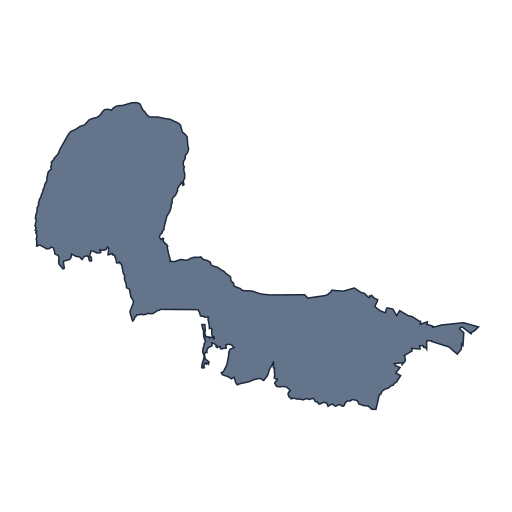 the district of Estelnic, Harghita, Romania, rotated 268°
{"feature_id": "2599482B48402840348711", "entity_name": "Estelnic", "entity_type": "district", "adm_level": 2, "iso_a3": "ROU", "parent_name": "Romania", "parent_adm1": "Harghita", "projection": "equal_earth", "projection_center": [26.246, 46.152], "detail": "fine", "context": "isolated", "style": "filled", "palette": "slate", "viewbox_px": 512, "rotation_deg": 268, "n_neighbors": 0, "source": "geoboundaries", "source_scale": "gbopen_adm2", "svg_char_len": 6082}
<svg xmlns="http://www.w3.org/2000/svg" viewBox="0 0 512 512"><g transform="rotate(268 256 256)"><path d="M391.5,183.0L396.0,174.2L395.9,172.7L398.3,162.8L398.7,154.4L400.7,152.0L403.9,150.0L406.1,147.9L412.0,145.4L413.4,142.5L413.5,137.4L411.1,127.8L411.0,123.6L410.4,121.2L408.7,118.3L406.6,116.4L407.4,114.9L407.9,112.7L407.4,109.6L406.2,108.1L402.5,105.4L400.2,102.3L399.2,97.6L397.9,94.0L392.9,89.1L391.8,84.9L388.6,79.7L387.2,75.9L386.3,74.6L383.7,72.5L370.2,64.2L364.7,61.6L360.5,57.5L358.9,56.9L357.1,54.7L354.6,54.9L352.3,54.0L349.6,54.4L349.1,53.2L347.3,51.3L341.5,49.7L339.2,49.9L334.8,47.3L332.2,46.9L329.6,45.4L328.6,45.5L324.0,43.4L322.8,43.3L320.0,41.4L318.7,41.4L316.6,40.3L315.0,40.7L311.8,38.9L307.6,38.6L305.1,37.5L301.0,36.8L300.3,37.6L298.7,37.6L296.5,36.7L295.2,36.8L294.3,36.1L291.6,37.2L289.2,36.2L288.4,37.7L287.7,37.6L286.9,36.7L284.8,37.8L282.2,37.6L280.8,36.9L277.9,37.5L273.6,37.1L273.4,37.4L274.4,39.6L274.4,40.7L270.4,47.2L270.7,50.0L272.1,51.5L271.2,53.7L268.2,54.7L265.5,55.0L264.7,55.5L263.6,58.1L261.8,59.1L256.4,58.5L254.9,58.8L249.8,62.6L250.1,63.7L250.6,64.0L256.7,63.3L257.6,63.6L258.8,68.8L259.6,70.2L261.2,71.2L264.4,71.6L261.8,76.4L261.3,79.6L258.5,82.0L261.6,84.5L262.0,87.4L261.0,88.4L257.0,89.4L256.7,91.1L257.7,91.6L260.7,91.2L261.7,89.6L266.7,91.4L266.6,93.4L264.7,96.9L264.5,99.8L265.2,101.1L267.0,100.1L267.9,100.3L267.2,101.9L267.2,105.5L267.8,106.4L269.9,107.7L269.9,108.6L267.9,109.0L262.4,108.1L262.8,110.6L263.8,112.0L263.0,112.9L262.2,112.7L262.0,113.9L260.9,115.2L260.1,114.9L257.9,115.9L254.0,116.4L253.9,118.2L254.7,119.3L254.0,120.0L253.1,119.9L252.5,121.3L243.2,122.8L241.5,123.9L236.9,123.8L233.1,125.2L228.8,125.5L227.5,128.0L226.9,128.4L219.2,129.6L215.3,132.0L212.3,131.3L204.8,128.0L200.6,128.8L199.4,129.5L197.8,129.5L195.3,130.5L196.9,132.0L199.2,132.8L199.6,133.7L201.2,134.7L201.7,140.5L201.2,141.0L201.6,144.2L202.6,146.1L202.0,147.8L202.0,150.9L205.0,155.9L205.1,157.4L206.2,159.2L205.9,160.4L204.4,196.1L201.4,197.6L198.0,198.4L197.4,201.6L196.7,202.3L196.6,206.4L194.2,205.8L189.3,206.8L185.1,206.9L185.4,208.6L184.7,209.3L179.2,209.1L177.3,209.9L176.7,211.1L175.1,211.5L174.8,210.8L176.0,210.8L175.6,210.2L176.5,209.3L176.3,208.3L175.8,208.4L176.3,208.1L175.9,207.3L176.3,206.9L175.5,206.7L176.7,206.0L177.1,202.9L179.0,202.8L179.6,201.9L183.2,202.7L189.3,202.5L189.4,199.5L184.6,200.3L183.1,201.2L180.6,200.8L176.3,201.1L175.9,201.9L174.6,201.6L172.6,202.7L169.7,200.9L167.9,201.1L166.5,200.1L163.9,199.6L161.8,199.4L158.9,200.5L156.0,200.5L149.9,198.4L146.3,197.8L145.8,199.9L146.8,200.6L147.9,199.8L151.0,201.4L149.7,202.7L150.7,203.4L149.5,204.7L151.7,205.4L154.9,201.7L160.0,200.9L160.8,201.9L161.4,202.0L161.3,203.6L163.3,203.5L165.9,204.9L167.9,209.0L170.8,208.8L170.5,210.1L168.7,212.6L167.7,213.4L166.9,212.8L165.8,214.1L166.9,215.0L166.1,216.6L166.4,217.1L164.3,217.6L165.1,223.1L168.2,222.7L168.8,225.3L168.4,227.5L167.5,228.9L165.2,230.9L163.9,227.1L162.9,226.3L161.3,225.6L156.6,225.0L148.1,223.0L141.5,219.3L140.5,217.1L138.5,218.3L136.3,224.0L134.1,227.2L135.6,229.8L130.0,231.4L127.9,232.7L129.0,235.9L130.6,244.8L132.2,248.6L133.5,254.7L133.1,257.1L131.6,258.4L131.3,259.4L136.2,263.4L142.9,265.8L146.1,268.0L150.1,270.0L144.5,269.4L143.5,269.7L143.3,270.7L142.0,270.3L135.8,270.5L133.5,269.9L132.4,271.5L132.4,273.0L131.7,273.0L128.4,270.2L125.0,271.9L124.3,275.7L124.7,276.9L124.6,279.6L123.8,282.3L120.2,285.6L119.1,284.2L117.3,283.2L115.1,283.6L113.7,284.4L112.6,286.1L112.0,286.1L112.4,287.6L112.4,289.9L111.6,291.5L111.5,294.6L110.6,298.2L111.7,301.4L110.8,304.4L111.6,307.0L111.5,308.5L108.5,310.2L107.9,312.1L105.8,313.8L105.9,315.1L107.2,317.7L107.3,319.1L106.6,321.4L103.2,322.8L104.8,325.0L105.1,327.4L105.0,328.1L103.5,329.2L103.2,329.9L103.2,330.7L104.4,333.1L104.4,334.9L104.3,335.6L103.1,336.5L102.8,337.9L103.3,338.7L106.3,340.3L108.0,342.2L107.8,345.4L109.1,346.8L109.0,348.3L108.2,351.5L106.7,352.8L104.6,353.5L102.7,358.5L102.2,362.8L98.8,366.4L98.5,370.5L113.3,374.5L113.3,375.7L116.6,377.4L118.7,381.0L119.3,383.6L121.8,386.8L122.0,388.5L124.0,389.9L125.1,392.0L131.4,396.4L134.2,391.6L139.5,396.1L141.6,391.7L143.6,390.4L144.2,398.1L142.3,398.3L146.1,401.6L150.2,401.3L151.2,400.6L155.8,408.7L158.2,408.2L157.3,416.8L160.6,416.4L160.7,419.6L159.0,420.3L158.6,420.9L159.1,422.0L156.9,423.3L165.4,423.6L165.2,428.5L164.5,428.4L164.3,428.9L158.4,445.6L150.9,453.7L155.7,457.9L160.9,458.4L159.3,459.7L163.7,460.2L172.2,461.0L175.7,457.3L176.7,456.8L177.9,459.5L170.3,468.8L171.9,468.0L173.2,471.2L177.3,475.9L182.1,461.1L180.6,438.9L179.0,432.7L179.0,431.0L178.4,430.6L178.9,429.9L179.8,430.0L181.8,424.2L184.2,424.9L182.1,417.8L184.9,418.2L185.3,416.7L189.9,410.1L191.2,405.7L196.4,397.7L191.5,394.5L198.2,390.9L199.6,385.3L198.7,384.5L194.7,383.3L197.0,378.1L201.3,372.9L206.0,375.4L208.1,376.1L209.7,372.8L212.7,370.1L211.7,368.8L212.0,368.2L211.2,368.3L210.5,367.5L210.9,366.7L214.9,363.1L216.0,359.5L220.6,353.2L217.8,341.8L219.2,330.5L217.3,329.4L214.7,325.8L214.0,323.5L212.2,306.3L215.6,303.3L216.6,268.3L217.9,259.4L221.1,250.9L221.8,242.7L222.5,240.6L224.0,239.2L226.5,233.2L229.7,232.5L232.3,230.0L235.9,229.9L237.8,227.8L239.0,225.9L242.1,223.2L242.4,222.1L246.1,217.1L247.7,212.3L248.8,210.8L251.6,210.0L253.3,207.0L254.2,203.7L255.6,201.9L257.1,200.9L256.7,199.0L256.9,193.4L256.1,192.6L256.2,190.6L255.0,189.2L254.1,185.9L255.2,180.8L253.1,173.6L253.7,171.7L253.4,169.9L255.9,170.1L261.6,168.6L268.5,167.5L268.8,168.1L270.8,167.0L271.5,165.7L272.6,165.2L273.1,164.3L275.5,163.6L276.6,164.3L277.0,163.5L275.8,161.6L277.8,160.3L279.2,160.3L280.6,161.0L282.3,163.0L283.7,163.2L285.6,164.9L287.8,165.1L299.1,168.4L303.1,171.2L307.1,172.7L310.5,173.2L311.5,173.9L316.4,174.4L319.9,177.9L324.0,179.9L326.1,179.9L329.1,181.8L330.6,183.4L332.2,184.0L332.0,185.1L329.2,185.3L329.7,186.5L333.6,185.9L336.1,187.4L340.3,187.7L344.7,186.7L347.6,187.5L348.9,186.7L351.2,186.5L353.6,187.1L355.6,188.6L359.0,188.9L361.7,191.2L365.2,192.4L369.1,191.7L377.3,191.4L379.9,189.6L382.5,186.7L389.5,185.1L391.5,183.0Z" fill="#64748b" stroke="#1e293b" stroke-width="1.5"/></g></svg>